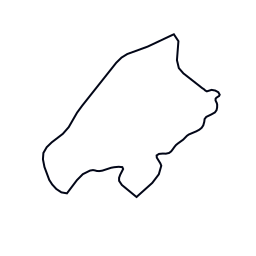 SVG path tracing the border of Nueva Ecija, rotated 235°
{"feature_id": "PHL-2557", "entity_name": "Nueva Ecija", "entity_type": "Province", "adm_level": 1, "iso_a3": "PHL", "parent_name": "Philippines", "parent_adm1": "", "projection": "natural_earth1", "projection_center": [120.9, 15.651], "detail": "fine", "context": "isolated", "style": "outline", "palette": "ink", "viewbox_px": 256, "rotation_deg": 235, "n_neighbors": 0, "source": "natural_earth", "source_scale": "10m", "svg_char_len": 1119}
<svg xmlns="http://www.w3.org/2000/svg" viewBox="0 0 256 256"><g transform="rotate(235 128 128)"><path d="M105.5,222.5L102.7,222.2L102.0,221.0L102.1,217.7L101.7,216.5L100.3,215.5L97.4,215.0L95.9,214.4L93.6,212.7L91.8,210.7L90.9,208.1L91.3,204.1L92.2,198.5L91.4,195.9L89.4,194.1L87.0,191.2L85.9,188.4L85.7,185.4L86.1,182.0L87.8,174.1L87.8,171.8L86.8,166.5L86.7,159.8L86.5,157.4L85.8,155.0L84.9,152.5L84.1,150.0L84.0,147.3L85.2,144.4L87.3,141.5L89.0,138.5L89.1,135.7L87.2,134.6L80.4,134.2L78.0,133.6L72.4,126.7L69.1,116.4L66.6,95.4L84.8,90.3L89.8,90.4L92.3,92.1L94.2,94.8L97.2,100.5L99.2,100.9L101.6,98.1L103.8,94.2L105.1,91.4L107.8,82.5L109.2,79.7L110.7,77.8L112.2,76.6L113.6,75.2L114.9,72.5L116.1,64.5L114.6,56.3L109.5,40.5L113.5,36.5L119.1,34.3L125.2,33.5L130.6,33.7L144.0,37.2L151.2,40.4L156.1,44.4L158.9,50.4L160.0,57.3L160.6,71.3L162.7,79.9L169.8,95.1L172.6,103.4L188.2,155.8L189.4,163.1L189.0,169.9L183.4,190.8L178.5,219.3L170.2,219.1L155.5,207.0L147.9,204.0L141.0,204.7L118.0,211.7L116.4,212.4L114.4,212.8L112.8,213.6L111.3,218.3L108.7,220.9L105.5,222.5Z" fill="none" stroke="#020617" stroke-width="2"/></g></svg>